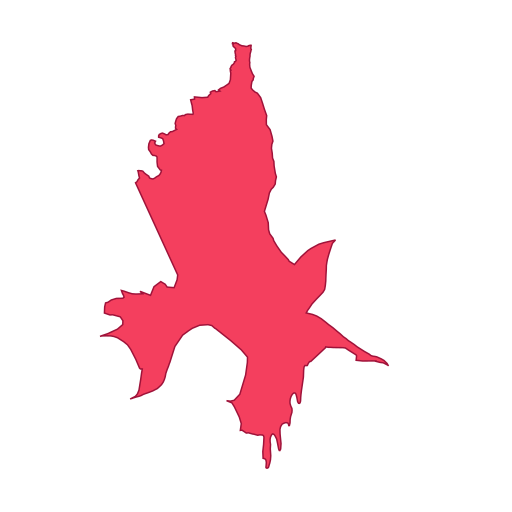 the district of Hutan, Jawa Tengah, Indonesia, rotated 277°
{"feature_id": "22746128B69994664325988", "entity_name": "Hutan", "entity_type": "district", "adm_level": 2, "iso_a3": "IDN", "parent_name": "Indonesia", "parent_adm1": "Jawa Tengah", "projection": "orthographic", "projection_center": [110.358, -7.173], "detail": "fine", "context": "isolated", "style": "filled", "palette": "rose", "viewbox_px": 512, "rotation_deg": 277, "n_neighbors": 0, "source": "geoboundaries", "source_scale": "gbopen_adm2", "svg_char_len": 6054}
<svg xmlns="http://www.w3.org/2000/svg" viewBox="0 0 512 512"><g transform="rotate(277 256 256)"><path d="M206.8,145.2L204.7,148.0L204.2,145.2L203.6,141.4L203.4,137.7L204.0,133.9L205.0,129.4L205.4,126.6L202.0,128.3L201.9,128.7L199.0,130.1L197.8,128.9L196.9,122.6L194.7,117.7L192.1,114.8L191.1,112.4L187.1,112.0L180.9,112.5L179.7,118.2L180.2,120.9L179.1,128.7L175.5,131.8L171.7,132.1L166.5,127.4L160.7,118.0L157.8,112.0L157.2,111.0L157.9,112.8L158.5,116.8L158.9,120.5L159.0,121.7L158.8,124.8L158.0,128.5L154.9,135.0L152.2,139.3L148.1,143.0L138.8,149.3L130.5,154.1L129.8,155.1L130.0,156.9L126.0,156.7L119.2,156.6L108.6,156.2L104.6,155.1L102.0,153.4L98.7,148.5L99.3,149.6L99.5,150.2L100.3,151.7L100.8,152.9L100.9,153.1L101.3,153.9L101.6,154.7L102.1,155.9L102.4,156.8L103.5,159.0L104.9,161.0L105.8,162.7L106.9,165.0L108.3,167.7L109.6,170.1L110.8,171.8L112.4,174.2L114.7,176.2L116.8,177.9L119.6,179.3L122.3,180.1L125.1,180.6L128.5,180.8L132.8,181.7L135.7,182.5L138.7,183.1L140.1,183.5L146.7,184.7L156.3,186.5L168.5,192.8L173.7,198.3L176.5,201.6L180.4,208.5L182.0,216.7L181.6,220.6L179.3,223.9L179.1,224.6L168.9,241.3L161.1,252.8L154.6,259.9L149.2,260.4L136.6,260.2L116.8,256.8L110.1,251.9L108.8,248.2L108.8,244.4L107.3,250.0L103.7,252.9L94.2,259.0L89.7,261.0L87.6,261.9L87.3,261.8L81.0,261.7L81.4,263.3L80.7,264.8L80.3,265.6L79.1,267.9L79.6,270.2L79.3,271.7L78.9,274.5L78.9,275.6L78.5,278.1L78.3,279.5L79.0,281.7L79.1,284.3L78.6,285.3L77.1,286.0L69.8,286.5L62.8,286.6L55.4,287.8L55.7,287.8L56.1,288.4L55.5,290.0L54.5,290.8L52.4,291.4L49.0,291.6L47.5,291.6L46.8,292.1L46.8,293.0L47.2,293.7L47.9,294.2L50.5,294.6L52.2,294.9L55.5,295.2L59.5,295.0L66.3,293.7L70.7,293.4L73.2,292.7L75.8,292.3L78.2,292.5L80.7,293.4L81.5,294.3L81.1,295.6L80.0,296.7L76.9,298.8L72.5,300.3L67.2,302.0L65.8,302.8L65.8,303.4L67.4,304.0L72.8,303.7L82.2,301.6L86.8,300.9L89.6,301.2L92.3,302.4L93.2,303.7L94.1,305.3L94.3,306.9L94.1,307.9L93.3,308.6L91.7,309.2L91.8,309.8L94.4,310.1L97.7,309.8L100.8,309.9L105.2,310.7L107.2,310.6L109.1,310.2L111.3,308.8L113.9,307.7L115.9,307.4L118.2,307.4L120.8,307.9L123.2,308.9L124.5,310.0L124.8,311.2L124.4,312.0L123.3,312.7L121.3,313.5L120.8,313.7L116.4,315.1L115.0,316.2L115.0,317.0L115.6,317.6L117.4,317.9L121.2,317.6L124.4,317.5L128.4,317.5L136.8,317.7L141.6,317.8L148.6,317.2L151.5,317.2L153.3,317.9L153.4,319.6L153.6,320.3L155.6,320.9L157.7,322.0L158.0,323.2L173.5,336.2L174.3,336.3L174.2,338.9L174.5,341.8L174.5,342.5L174.6,344.0L175.6,353.4L175.6,355.9L173.9,359.2L170.1,367.3L169.2,368.0L164.7,368.1L164.8,374.8L166.5,387.6L166.1,387.5L165.5,392.2L165.5,395.3L163.6,400.4L163.0,401.0L163.2,400.8L165.4,399.1L167.9,395.8L169.1,393.0L169.4,392.1L170.6,388.2L170.8,386.3L170.8,384.2L171.2,382.2L172.4,380.3L174.4,375.4L178.1,367.6L180.2,364.1L182.1,360.4L183.3,357.9L185.0,355.4L186.5,352.5L188.9,349.2L191.3,345.4L194.1,341.2L196.4,337.1L196.5,336.8L198.7,333.4L201.7,328.4L203.8,323.6L204.9,319.2L205.3,315.4L205.6,312.8L208.3,313.8L211.0,315.3L215.2,317.4L217.6,319.1L220.7,321.3L224.5,324.2L228.2,326.9L231.2,328.2L235.1,328.4L239.6,328.3L242.8,328.0L246.6,327.7L251.3,327.4L255.2,327.0L258.7,327.1L261.7,327.3L266.9,328.1L273.2,329.3L277.9,330.3L281.5,332.9L281.6,333.0L277.5,321.7L275.4,317.0L270.2,309.7L267.7,306.8L260.6,300.7L252.2,295.2L254.8,289.6L256.4,288.4L259.6,284.6L262.8,280.6L268.6,275.4L273.4,271.7L275.6,270.8L279.7,266.9L283.5,265.3L290.5,264.1L297.7,260.9L301.3,258.9L313.9,261.1L320.2,261.6L324.1,263.0L326.4,264.8L329.8,266.3L333.2,266.2L337.0,266.6L340.4,265.1L347.6,263.0L352.1,262.2L355.2,260.5L359.9,259.6L364.8,258.2L368.7,258.1L372.1,258.8L376.7,257.3L383.1,254.6L387.6,250.3L392.7,249.6L396.6,249.5L402.8,246.4L408.6,243.8L413.8,241.3L417.8,237.5L418.6,235.1L420.3,232.5L422.1,230.7L424.8,230.5L428.8,230.7L430.4,231.7L431.9,231.7L434.1,232.2L436.4,230.3L439.4,228.6L442.6,226.9L445.6,226.3L447.3,226.3L448.0,226.0L449.3,225.7L450.5,225.6L452.2,225.6L453.6,225.7L455.2,225.5L456.7,225.6L458.2,225.9L459.2,225.9L460.4,226.2L461.5,225.5L464.5,225.5L464.5,224.6L464.3,224.2L463.8,222.9L463.3,222.6L462.7,220.6L462.9,219.6L463.0,217.5L462.9,216.4L463.3,215.2L463.5,214.4L463.8,213.5L464.4,212.7L464.8,211.2L465.2,210.1L464.7,209.1L464.7,208.1L464.8,206.8L463.8,206.7L463.5,207.6L462.6,207.4L461.4,207.8L460.1,209.5L459.6,210.4L458.6,210.6L457.4,210.8L456.9,210.1L456.2,210.3L455.3,210.5L454.9,210.6L453.9,211.0L453.2,211.2L452.5,211.2L451.8,211.7L450.7,211.4L449.4,211.8L447.8,212.5L446.5,211.8L446.2,211.0L445.3,211.0L443.8,210.3L442.9,209.4L442.3,208.7L440.8,208.1L440.4,208.2L439.4,207.7L438.5,207.4L437.4,208.5L436.9,207.9L435.8,208.2L434.4,208.7L427.8,209.1L424.0,208.2L419.9,203.6L418.0,200.2L417.7,200.0L416.3,198.6L415.3,200.1L414.3,196.9L414.2,196.1L414.7,195.6L415.2,195.0L414.9,194.2L414.5,192.8L413.9,191.9L413.0,190.7L411.6,191.3L409.5,189.5L407.7,188.7L406.6,183.1L406.4,175.5L404.2,175.9L403.1,172.1L402.8,172.2L399.9,173.3L397.5,174.3L392.9,175.4L390.2,176.3L388.9,176.1L388.7,173.8L388.5,170.9L387.7,168.6L386.7,168.0L386.5,165.9L385.5,163.7L385.0,161.8L382.6,160.4L380.1,159.9L377.7,159.6L375.7,160.5L374.1,160.4L372.9,160.6L372.0,161.8L369.3,157.8L368.9,156.0L367.3,154.6L365.8,153.9L365.3,152.0L366.0,150.4L366.6,148.2L366.1,146.9L365.5,146.1L364.9,145.2L363.5,144.7L362.0,144.9L361.7,147.1L361.2,148.8L361.1,149.1L358.9,150.2L356.3,151.0L354.6,149.5L353.3,147.5L353.7,144.3L354.1,142.8L355.8,141.6L357.7,142.3L358.4,139.7L358.4,137.9L357.8,137.0L356.4,136.6L354.3,136.0L350.8,136.0L348.5,136.5L346.6,138.3L344.5,139.8L343.3,141.4L343.4,143.1L343.0,144.9L342.2,145.7L340.9,145.9L339.3,146.1L337.5,146.3L336.1,146.6L332.9,147.4L329.7,150.5L329.6,151.7L327.4,151.5L325.2,150.6L324.0,149.7L322.5,147.6L320.8,145.8L319.9,144.3L320.0,142.8L320.4,140.9L322.2,139.8L323.8,136.7L324.8,135.1L326.4,133.3L326.6,131.9L326.5,130.1L326.5,129.1L326.2,128.3L325.3,128.8L321.4,130.0L319.2,130.9L317.3,129.6L315.2,128.8L314.0,127.5L228.3,180.2L227.7,180.6L222.8,180.6L214.6,178.6L214.3,171.6L216.9,169.3L219.0,164.6L213.1,158.5L204.1,156.1L206.8,145.2Z" fill="#f43f5e" stroke="#9f1239" stroke-width="1.5"/></g></svg>